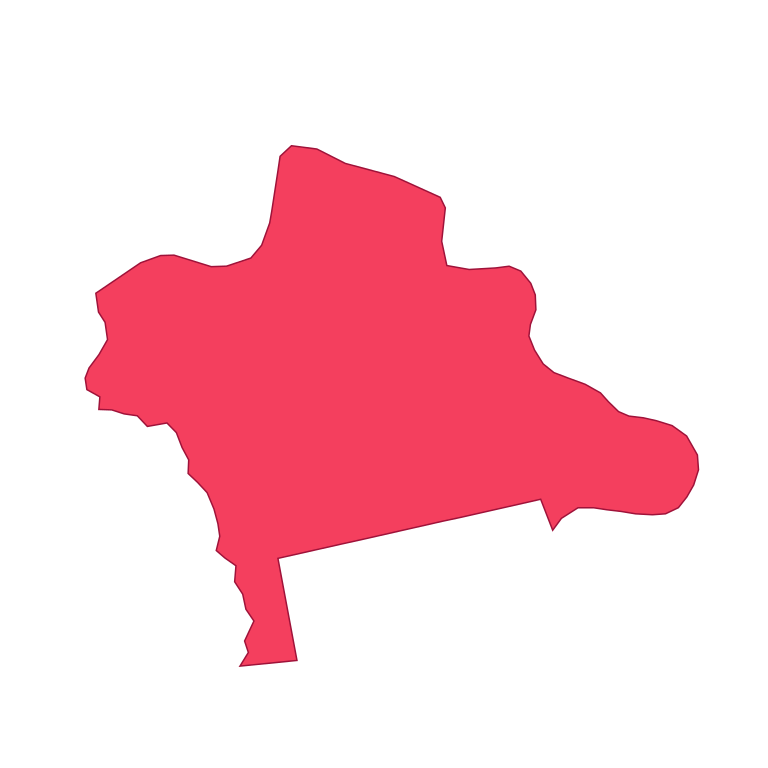 outline of Nova Pádua, Rio Grande do Sul, Brazil, rotated 78°
{"feature_id": "56859067B79923254105734", "entity_name": "Nova Pádua", "entity_type": "district", "adm_level": 2, "iso_a3": "BRA", "parent_name": "Brazil", "parent_adm1": "Rio Grande do Sul", "projection": "albers", "projection_center": [-51.311, -28.996], "detail": "fine", "context": "isolated", "style": "filled", "palette": "rose", "viewbox_px": 768, "rotation_deg": 78, "n_neighbors": 0, "source": "geoboundaries", "source_scale": "gbopen_adm2", "svg_char_len": 1331}
<svg xmlns="http://www.w3.org/2000/svg" viewBox="0 0 768 768"><g transform="rotate(78 384 384)"><path d="M293.7,250.6L289.7,276.9L281.2,297.9L256.4,297.9L224.5,287.4L213.1,290.2L183.2,330.8L160.2,376.0L140.2,400.8L131.7,425.0L139.7,438.3L153.4,443.4L191.7,457.9L202.7,462.3L222.8,474.8L233.1,488.0L236.0,513.5L233.3,528.6L214.3,562.6L211.9,575.8L214.8,596.8L235.3,647.0L254.3,648.3L265.7,644.0L283.1,645.2L296.0,656.7L307.0,669.2L316.1,675.1L327.7,675.8L337.5,664.6L349.6,668.2L352.7,655.7L359.2,644.4L363.8,631.9L376.3,624.3L377.0,604.4L388.4,597.2L404.2,594.7L417.6,590.8L430.8,594.2L441.5,586.8L453.5,579.6L470.9,576.3L486.1,575.5L498.8,576.3L512.0,582.7L521.1,575.8L531.0,566.6L546.4,571.2L560.2,565.9L575.6,565.9L588.8,560.5L606.4,573.8L618.4,572.5L630.0,583.5L636.3,526.6L532.5,524.0L531.7,459.2L531.5,434.9L530.4,355.0L530.4,335.9L529.3,254.7L562.1,249.4L552.3,238.4L545.4,220.0L548.7,204.5L553.4,192.0L557.9,178.7L563.3,164.9L567.7,148.6L569.5,135.6L566.2,121.8L557.5,111.3L547.2,102.1L533.3,94.2L518.6,92.2L497.8,98.8L484.6,110.8L476.6,125.1L471.0,137.3L466.3,151.1L459.8,160.3L448.0,168.2L437.7,174.1L426.1,187.3L416.3,202.9L408.2,215.4L397.5,224.1L382.1,229.7L367.2,232.3L356.2,228.4L343.0,220.0L328.3,217.5L316.0,219.5L302.0,226.7L294.8,237.1L293.7,250.6Z" fill="#f43f5e" stroke="#9f1239" stroke-width="1.5"/></g></svg>